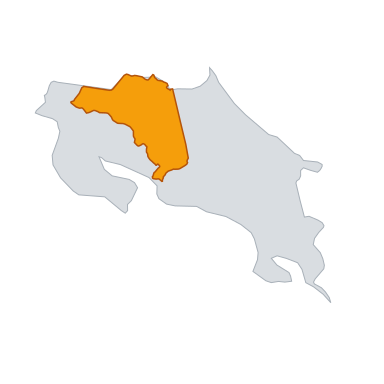 where Alajuela sits in Costa Rica, rotated 346°
{"feature_id": "CRI-1333", "entity_name": "Alajuela", "entity_type": "Province", "adm_level": 1, "iso_a3": "CRI", "parent_name": "Costa Rica", "parent_adm1": "", "projection": "robinson", "projection_center": [-84.692, 10.447], "detail": "fine", "context": "in_parent", "style": "filled", "palette": "amber", "viewbox_px": 384, "rotation_deg": 346, "n_neighbors": 0, "source": "natural_earth", "source_scale": "10m", "svg_char_len": 4336}
<svg xmlns="http://www.w3.org/2000/svg" viewBox="0 0 384 384"><g transform="rotate(346 192 192)"><path d="M324.9,196.8L324.5,198.5L323.1,200.2L321.1,202.0L318.5,203.2L312.2,199.6L306.0,195.5L302.6,197.4L301.3,202.7L299.1,205.5L296.2,206.6L295.0,208.4L294.8,226.5L295.0,243.5L299.7,243.9L307.5,249.8L310.9,253.3L311.9,256.6L311.0,258.1L305.2,261.9L299.7,266.6L296.9,272.4L301.8,281.9L302.8,288.4L302.7,295.1L301.3,298.4L290.5,306.1L288.1,308.8L288.5,310.8L294.4,316.2L297.3,321.3L299.6,327.6L299.9,333.0L294.5,322.9L287.0,313.4L280.5,307.5L280.0,293.7L277.4,286.2L267.6,279.3L259.1,274.5L252.9,275.5L256.7,283.4L266.6,293.6L267.3,297.4L267.1,302.7L260.3,301.9L254.3,299.7L247.0,299.1L242.2,296.0L231.9,283.8L239.2,273.5L241.5,266.7L241.2,252.6L239.6,245.8L231.6,235.4L219.0,224.0L201.3,214.7L193.0,207.1L172.3,201.4L164.4,197.6L158.3,190.5L157.4,185.4L159.6,177.6L153.8,167.6L129.2,148.1L115.4,140.9L112.5,136.7L110.3,135.3L112.4,148.8L118.4,157.0L134.1,164.6L138.5,169.0L140.2,174.7L131.1,185.7L126.4,188.5L125.0,194.5L122.1,196.4L118.9,192.9L106.2,175.6L81.5,167.4L77.0,162.3L67.9,146.5L63.7,132.1L65.2,122.6L75.3,107.6L78.5,101.1L77.9,97.1L78.2,91.2L74.4,87.1L65.0,81.7L59.1,77.4L60.7,75.3L71.5,69.5L72.1,64.3L72.1,62.5L73.8,62.1L75.4,60.8L76.4,59.3L79.3,54.3L81.9,51.5L84.8,51.0L88.4,53.1L102.0,58.5L117.0,64.5L138.4,73.1L147.3,67.6L154.9,63.4L160.3,64.0L171.8,68.9L178.7,70.4L183.0,70.0L190.3,77.1L194.3,82.5L195.0,86.1L197.3,88.0L203.0,88.4L217.0,92.1L225.6,91.3L233.4,87.5L237.7,82.9L239.1,75.6L241.0,79.2L243.3,84.9L244.4,92.1L254.5,116.4L262.6,130.0L280.3,154.8L287.9,159.3L300.8,179.3L305.3,182.6L307.8,188.4L321.2,193.3L324.9,196.8Z" fill="#d9dde1" stroke="#a8b0b8" stroke-width="1"/><path d="M182.4,68.6L183.1,69.1L183.3,69.7L183.3,70.6L183.5,71.8L183.8,72.4L184.9,73.9L185.1,74.5L185.9,75.4L189.6,77.0L190.5,77.7L191.2,78.5L192.7,79.4L194.1,80.7L194.4,82.9L193.3,83.5L192.9,83.8L192.6,84.5L192.7,85.0L193.1,85.4L193.2,85.7L195.0,87.3L195.4,87.9L196.3,87.1L197.5,87.2L198.1,87.3L198.1,87.6L197.9,106.9L197.7,121.5L197.6,131.8L197.5,144.2L196.6,157.9L196.6,158.2L195.1,159.9L194.7,160.6L194.6,160.9L194.6,161.1L194.6,161.6L194.8,162.4L193.6,163.8L191.4,164.7L186.1,166.3L184.7,166.5L184.3,166.4L183.3,166.3L182.9,166.2L182.6,166.1L181.0,165.8L179.5,165.3L177.6,165.7L174.0,166.0L171.6,167.2L170.9,167.7L170.9,167.8L170.8,168.0L169.8,169.1L168.5,169.9L167.9,170.3L167.7,170.6L167.7,170.9L167.7,171.2L166.2,173.2L166.1,173.5L166.0,174.2L165.9,174.4L165.3,174.4L163.5,171.8L162.8,171.2L161.9,171.0L160.8,170.9L159.5,170.5L157.9,169.8L157.3,169.3L157.1,169.0L157.2,168.5L157.2,168.0L157.2,167.8L157.3,167.5L157.5,167.4L158.0,167.1L159.5,164.5L160.1,163.9L161.0,163.6L164.9,160.7L166.2,160.1L166.5,159.9L166.8,159.6L166.9,159.4L166.9,158.8L165.9,156.9L165.4,156.6L165.2,156.7L164.5,157.2L163.9,157.4L163.7,157.4L163.4,157.2L163.3,156.9L163.3,156.7L162.8,155.9L161.5,154.1L160.8,152.9L159.5,151.1L159.0,150.3L158.2,148.3L157.8,146.8L158.1,144.5L158.1,144.2L158.0,143.7L157.6,142.8L157.5,142.4L157.5,142.1L158.0,140.1L158.2,139.4L159.0,137.7L159.1,137.2L159.1,136.9L159.0,136.7L158.5,136.3L158.2,135.8L157.7,134.4L156.3,133.3L155.7,133.3L155.3,133.4L154.8,133.8L153.7,134.1L152.2,134.4L151.5,134.5L151.1,134.4L150.6,134.1L150.4,133.9L149.9,133.2L148.1,130.0L149.4,127.3L149.5,126.4L149.4,126.0L149.2,125.8L149.0,125.2L148.7,123.6L149.9,118.6L148.2,114.7L147.6,113.6L143.1,109.7L141.6,108.9L137.3,107.6L136.2,107.1L135.3,106.1L133.2,103.9L132.9,103.6L132.5,102.8L132.3,102.2L131.9,99.8L131.0,97.9L129.9,95.9L129.4,95.3L128.9,95.0L127.8,94.5L126.9,94.2L122.7,93.0L121.4,92.6L121.0,92.2L120.4,91.5L118.0,89.7L117.4,89.4L116.9,89.2L116.4,89.1L115.9,89.1L114.9,89.3L113.2,89.7L111.1,90.0L108.7,89.9L106.8,85.5L106.1,84.3L105.7,84.0L105.6,83.9L105.4,83.8L105.2,83.7L103.4,83.5L102.9,83.3L100.9,82.0L100.0,81.3L96.4,76.6L96.3,76.4L96.2,76.0L96.2,75.8L96.2,75.6L96.5,75.2L99.2,75.0L99.9,74.6L100.1,74.2L100.3,73.8L106.5,69.0L110.3,64.2L110.6,64.0L110.9,63.9L111.2,63.9L111.6,63.7L112.2,63.5L112.4,63.3L123.8,68.1L136.6,73.4L138.5,73.6L140.3,72.9L148.5,66.8L154.4,62.4L156.9,61.8L158.3,62.5L161.3,64.9L162.7,65.1L164.4,65.0L166.3,65.7L170.2,67.6L170.6,67.8L171.1,68.0L171.4,68.2L171.8,68.5L173.6,71.0L174.3,71.6L175.0,72.1L175.8,72.5L176.7,72.6L177.4,72.2L181.7,69.1L182.4,68.6Z" fill="#f59e0b" stroke="#b45309" stroke-width="1.5"/></g></svg>